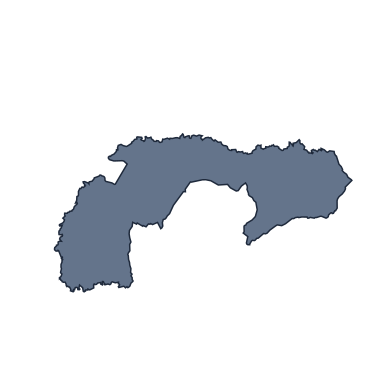 Dourados, Mato Grosso do Sul, Brazil, rotated 160°
{"feature_id": "56859067B88197620775850", "entity_name": "Dourados", "entity_type": "district", "adm_level": 2, "iso_a3": "BRA", "parent_name": "Brazil", "parent_adm1": "Mato Grosso do Sul", "projection": "albers", "projection_center": [-54.825, -22.161], "detail": "fine", "context": "isolated", "style": "filled", "palette": "slate", "viewbox_px": 384, "rotation_deg": 160, "n_neighbors": 0, "source": "geoboundaries", "source_scale": "gbopen_adm2", "svg_char_len": 6079}
<svg xmlns="http://www.w3.org/2000/svg" viewBox="0 0 384 384"><g transform="rotate(160 192 192)"><path d="M258.6,253.4L259.0,252.5L258.6,250.8L258.1,250.3L254.8,247.9L246.9,245.3L245.5,244.4L243.4,240.4L261.4,225.6L262.3,225.7L264.1,227.9L269.3,231.4L269.8,232.6L269.1,234.9L269.2,236.0L269.7,236.9L271.4,238.2L271.8,239.0L272.7,239.4L274.1,238.7L279.0,238.7L279.4,238.0L282.2,236.3L285.0,236.7L285.7,236.2L286.1,235.0L286.4,235.9L289.4,238.5L290.8,238.8L291.0,237.7L290.2,235.6L290.7,235.0L290.2,234.3L292.5,233.4L293.6,234.3L295.3,233.2L296.2,233.7L298.5,231.4L299.8,227.8L300.7,227.1L301.7,227.1L303.2,223.6L305.2,221.5L303.7,221.5L303.8,220.2L307.6,218.5L309.3,216.3L311.1,215.8L311.4,215.2L313.6,215.7L314.0,215.1L315.7,215.3L316.4,214.7L318.9,215.6L319.6,213.9L319.4,212.8L322.3,211.6L321.3,209.5L322.6,207.9L324.1,207.1L327.6,206.7L328.0,206.2L327.8,205.2L325.4,205.1L327.4,202.8L328.6,202.3L328.9,201.5L330.3,200.8L330.9,199.6L331.5,197.5L329.6,196.5L328.5,196.6L328.4,195.7L329.1,194.8L331.2,194.6L332.5,193.1L331.6,190.4L333.2,191.1L334.9,190.8L335.6,188.7L336.4,188.1L337.5,188.4L337.9,187.6L340.0,186.7L340.6,185.7L340.9,184.7L340.0,183.0L338.4,182.5L337.9,183.0L337.4,182.4L337.2,175.7L336.1,175.2L336.3,174.4L337.4,174.3L337.3,173.4L336.7,172.6L337.8,171.8L338.0,170.7L339.8,168.8L340.8,166.2L340.9,164.5L343.0,161.5L342.9,160.5L342.3,159.9L342.6,159.0L344.0,157.4L345.9,156.8L346.2,155.8L345.5,156.1L345.4,153.9L344.7,153.2L344.7,152.1L343.7,151.2L342.0,150.6L341.8,148.7L342.2,146.9L341.9,145.9L341.1,146.1L340.2,144.8L339.6,144.6L339.2,142.0L340.0,140.7L337.8,138.9L337.1,139.1L337.2,140.3L336.3,140.9L335.8,140.3L334.4,142.1L333.4,142.0L332.4,141.4L332.6,139.3L331.3,138.7L330.6,139.1L331.2,140.2L329.5,143.0L327.5,139.5L328.1,135.8L327.5,135.1L326.0,135.4L326.1,136.1L325.4,136.3L323.5,135.6L323.0,136.4L322.0,135.2L321.3,135.0L317.1,135.5L316.3,138.3L315.4,139.0L314.9,138.2L313.3,137.9L311.8,138.7L308.7,138.2L309.2,136.6L308.0,135.4L306.7,138.5L305.9,138.1L306.1,137.1L305.4,135.8L306.1,135.3L305.6,134.6L302.4,134.3L300.9,133.0L299.5,133.5L298.9,134.5L297.7,134.9L295.1,132.9L291.9,132.4L292.6,131.0L291.9,130.4L291.8,129.5L293.6,128.2L293.4,127.3L288.6,126.8L288.0,126.4L287.3,124.7L285.5,125.3L285.2,124.2L284.4,124.1L282.6,124.8L280.6,127.2L278.1,128.2L277.8,129.0L278.2,130.1L277.5,132.0L278.0,134.0L277.6,134.7L276.7,134.9L276.5,135.7L277.3,137.2L275.6,140.9L275.5,144.5L274.8,147.2L274.7,150.2L273.6,154.1L273.8,155.1L272.7,156.5L270.5,158.0L268.5,164.1L266.5,165.9L266.2,170.1L265.4,174.2L263.9,177.3L260.0,180.1L258.1,183.8L255.1,180.8L254.1,181.6L250.0,176.7L249.4,177.2L247.1,175.0L243.9,176.9L242.5,176.1L241.7,176.5L240.2,174.9L234.8,175.2L233.9,168.2L232.6,168.6L231.1,170.0L230.3,173.4L228.4,176.0L226.6,175.8L225.3,176.4L223.4,178.0L220.5,179.3L214.0,185.9L199.9,195.3L198.1,194.5L197.4,196.9L190.1,202.0L189.2,201.5L178.0,199.9L174.8,198.8L170.4,196.1L164.9,189.6L156.0,187.0L154.5,182.8L150.1,177.8L148.1,177.5L143.5,180.7L138.6,182.2L138.0,179.0L138.7,176.7L139.4,175.8L139.4,171.3L139.8,170.2L139.4,168.8L137.2,166.1L136.8,162.8L135.5,160.5L136.8,153.0L140.6,147.6L141.5,146.9L145.2,145.1L151.4,143.9L152.6,142.6L154.3,142.5L155.0,141.6L156.6,136.8L157.9,135.9L154.8,131.0L158.3,125.5L158.3,124.3L157.6,123.4L155.8,122.7L155.5,123.4L152.7,125.7L151.8,125.9L149.9,125.0L149.2,125.1L147.0,126.3L145.5,126.0L138.9,128.5L137.3,127.6L135.6,127.6L131.7,129.6L124.8,131.6L123.1,131.9L119.2,129.7L115.0,130.2L107.0,132.8L105.5,132.2L103.6,132.6L101.0,132.1L100.4,131.4L97.5,131.0L92.4,129.1L92.3,127.9L91.2,127.5L89.6,127.7L86.0,125.6L85.1,125.9L83.5,125.4L79.7,125.3L78.5,124.8L75.0,121.6L73.2,121.8L72.4,122.3L71.4,123.8L68.8,124.9L67.8,124.7L67.6,123.8L66.4,123.6L64.3,125.5L63.6,125.2L61.1,127.2L58.7,134.1L57.5,135.8L55.3,137.4L51.4,138.8L48.3,140.8L46.7,142.5L46.3,144.2L37.8,148.2L38.1,149.1L40.4,152.5L40.7,155.8L42.6,158.6L43.5,160.8L42.8,161.7L43.1,164.8L44.4,167.8L44.0,176.4L44.6,177.0L45.0,179.4L44.6,181.5L48.6,183.6L51.0,183.0L51.9,183.7L53.2,186.3L55.8,188.9L56.3,188.0L55.7,187.0L56.3,186.6L58.0,188.6L60.4,187.1L62.0,189.3L62.9,189.4L63.4,190.5L65.6,190.2L65.9,189.0L64.9,187.4L65.7,186.9L67.0,188.0L68.8,188.6L68.6,189.4L69.3,189.7L70.0,192.1L72.2,193.7L70.6,196.1L72.1,199.7L73.0,199.7L73.6,200.3L73.7,201.7L73.0,203.4L73.4,204.5L77.1,202.8L80.2,203.2L80.3,202.1L81.3,200.6L81.7,201.4L81.1,202.2L82.3,203.1L82.9,205.2L83.6,205.6L84.8,202.3L85.4,201.7L87.1,201.5L87.6,200.3L91.0,201.0L92.1,200.0L93.2,200.2L95.5,203.4L95.1,204.3L96.3,205.9L99.0,206.7L99.3,208.4L100.0,208.1L100.9,208.6L102.0,207.9L103.5,208.7L104.1,208.2L105.2,208.3L107.2,209.3L107.7,207.9L109.5,208.1L110.4,207.8L112.2,209.8L111.2,212.4L112.4,212.4L114.0,213.5L116.3,212.6L117.3,210.5L120.5,210.0L122.0,208.8L122.3,207.9L126.3,208.3L127.1,208.8L126.8,209.5L127.7,209.7L128.3,210.4L130.1,210.5L130.7,211.5L130.6,212.7L133.0,213.1L134.6,214.1L135.9,213.8L136.3,214.4L136.4,217.0L140.3,218.2L140.6,217.5L142.3,218.3L143.5,220.2L143.3,222.6L144.4,223.9L146.5,224.9L147.6,226.6L147.8,229.1L150.4,229.8L152.5,233.1L153.8,232.4L155.1,234.5L155.7,236.7L157.3,236.9L158.0,237.8L160.8,238.3L164.4,237.2L164.2,238.0L165.0,238.3L165.3,239.6L164.6,240.7L163.2,241.3L165.9,243.1L168.7,243.0L170.9,244.8L172.8,244.9L174.7,242.8L175.4,243.1L175.9,243.8L175.2,245.5L176.3,246.1L179.3,246.1L180.0,245.5L180.8,246.0L180.6,249.2L181.0,249.8L182.6,248.7L184.1,248.3L185.2,246.5L187.1,248.0L188.8,248.6L192.1,249.0L194.3,250.0L195.0,249.2L196.7,251.0L200.4,251.1L201.4,251.7L203.0,249.4L204.9,249.4L205.6,249.8L206.0,251.5L207.7,252.4L208.3,251.8L210.3,252.6L210.7,254.1L211.7,255.2L211.9,257.6L212.7,257.4L215.3,257.9L216.3,259.9L217.2,259.8L217.3,258.4L217.9,257.4L219.2,256.1L219.9,256.0L220.2,256.9L221.8,258.0L222.1,258.8L220.5,259.5L220.6,260.6L224.3,262.4L225.2,262.4L225.6,260.7L228.0,261.0L229.6,259.9L231.7,259.4L232.0,258.4L237.3,257.2L238.2,257.3L240.9,259.2L242.4,261.0L245.4,261.0L247.0,258.8L246.9,257.9L247.4,256.9L248.5,257.5L249.2,256.0L252.3,254.3L255.4,254.0L256.3,253.3L257.4,253.9L258.6,253.4Z" fill="#64748b" stroke="#1e293b" stroke-width="1.5"/></g></svg>